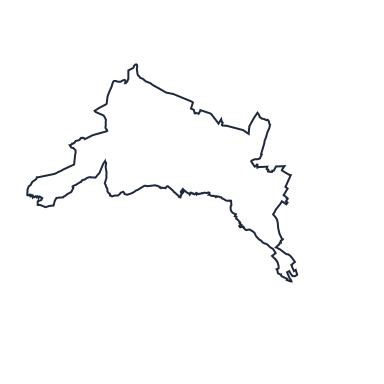 the district of Ciurea, Iasi, Romania, rotated 127°
{"feature_id": "2599482B52104755516417", "entity_name": "Ciurea", "entity_type": "district", "adm_level": 2, "iso_a3": "ROU", "parent_name": "Romania", "parent_adm1": "Iasi", "projection": "robinson", "projection_center": [27.591, 47.068], "detail": "fine", "context": "isolated", "style": "outline", "palette": "slate", "viewbox_px": 384, "rotation_deg": 127, "n_neighbors": 0, "source": "geoboundaries", "source_scale": "gbopen_adm2", "svg_char_len": 6067}
<svg xmlns="http://www.w3.org/2000/svg" viewBox="0 0 384 384"><g transform="rotate(127 192 192)"><path d="M185.8,318.6L186.1,317.1L184.1,308.7L184.5,307.4L186.1,304.2L188.3,302.9L190.2,301.3L192.4,300.1L192.9,299.6L193.8,296.9L194.2,296.5L195.1,296.9L206.4,305.5L214.3,309.4L214.0,311.0L214.5,312.0L215.2,312.2L215.2,312.7L215.5,313.2L216.9,313.3L217.6,313.1L218.9,313.6L221.2,315.6L223.5,315.5L224.2,316.1L225.3,316.2L225.6,316.9L227.8,316.9L228.2,317.2L228.1,317.7L228.2,317.8L228.9,316.2L229.1,315.2L229.0,314.5L228.3,313.3L228.8,310.1L230.3,308.8L232.5,307.8L241.0,302.7L251.8,308.5L254.2,309.4L256.4,310.8L257.1,311.0L260.3,312.7L273.0,323.9L273.5,324.7L275.5,324.2L280.1,325.6L283.7,325.1L285.6,325.8L288.9,324.9L293.6,321.7L293.4,320.9L292.4,320.1L291.8,320.1L291.4,319.4L292.5,318.8L292.7,318.5L291.0,317.9L290.5,317.3L290.8,316.2L291.4,316.2L291.8,316.6L292.2,316.0L291.5,316.0L291.2,314.9L289.4,314.2L289.7,313.1L289.0,313.2L288.4,312.8L288.5,311.7L289.0,311.1L287.8,311.4L287.3,311.1L287.2,310.1L287.4,309.7L287.1,309.2L287.0,307.9L289.3,307.6L292.2,309.6L295.2,307.5L294.8,306.7L294.1,306.1L293.4,304.4L292.3,299.9L288.9,297.4L287.5,295.9L287.1,295.7L286.2,294.4L281.8,296.2L278.3,296.7L277.5,295.7L276.3,294.8L275.9,294.0L273.9,291.8L273.2,291.9L272.7,291.7L272.3,291.2L268.7,290.3L264.6,288.4L260.0,289.3L259.9,290.3L259.7,290.6L259.2,290.7L257.1,289.7L256.6,289.2L251.8,287.4L250.9,286.7L250.4,286.9L248.9,286.8L248.8,286.5L247.9,286.3L246.7,285.2L244.2,284.4L242.4,283.3L241.2,282.0L241.1,281.3L239.9,279.9L238.6,277.7L234.5,277.6L232.8,277.3L223.2,279.8L219.7,280.0L220.2,279.5L220.2,278.5L220.5,278.0L223.6,276.3L224.9,275.1L227.8,272.0L230.9,270.0L231.8,269.0L237.7,266.8L238.3,265.2L239.5,263.8L239.9,262.5L240.8,261.2L242.4,259.8L243.1,258.0L242.8,256.7L243.2,256.0L244.2,255.4L243.6,254.2L243.7,253.2L241.3,251.6L239.5,249.1L237.5,248.5L235.5,248.5L233.2,247.0L233.5,245.6L234.2,244.7L233.2,242.1L230.4,240.1L227.5,238.5L224.5,237.6L222.5,236.4L217.9,234.7L215.7,233.7L215.1,233.1L214.2,231.1L209.1,225.8L208.5,224.9L208.4,224.0L207.9,223.4L207.3,220.9L207.3,220.5L207.8,220.4L207.6,219.1L206.8,218.9L205.6,216.7L204.8,215.9L204.8,215.5L202.8,215.5L202.1,215.0L201.9,214.6L202.1,213.0L202.1,210.7L202.4,209.7L202.2,209.3L202.4,207.8L202.9,206.6L202.7,205.8L203.2,201.3L203.0,200.6L203.8,199.5L203.3,198.0L201.5,198.6L201.3,199.0L197.2,198.8L197.0,199.3L197.0,200.2L199.0,200.4L198.7,200.9L198.5,201.1L195.1,201.1L195.3,200.2L195.5,195.0L195.0,193.6L195.5,192.3L193.4,192.8L193.0,192.2L193.2,191.2L192.6,190.7L192.8,190.0L192.5,189.9L192.6,189.2L192.1,188.3L191.7,188.1L191.0,188.3L190.0,187.9L190.0,187.4L190.7,186.8L190.1,186.7L190.1,185.9L189.4,185.7L189.0,184.8L188.4,184.5L187.9,183.9L187.0,183.6L186.8,182.8L185.5,182.1L184.8,181.2L183.8,179.3L182.8,178.9L182.3,178.5L182.2,177.5L182.9,177.2L183.1,176.8L183.9,176.8L183.6,176.5L183.5,174.4L183.0,173.5L181.9,172.4L182.0,171.7L181.5,171.2L181.7,169.9L180.5,169.8L180.4,168.7L179.5,167.9L179.3,166.4L178.8,165.9L178.6,165.3L179.0,164.2L178.5,161.9L178.4,159.8L177.6,158.3L176.2,156.9L176.1,156.6L176.3,156.4L175.5,155.5L179.0,152.5L179.8,152.7L181.9,151.3L183.1,150.1L183.9,148.5L184.1,146.1L183.3,143.6L185.6,143.2L185.0,141.6L186.8,140.6L186.6,139.3L187.3,135.4L188.2,135.5L188.5,132.5L190.0,133.3L190.3,133.9L190.7,133.8L191.1,133.0L191.2,132.5L190.9,131.9L190.4,131.7L189.4,130.4L188.9,130.2L188.9,129.4L189.7,129.0L189.6,127.8L190.0,127.1L189.9,126.4L189.6,125.4L188.4,124.6L187.2,123.2L187.1,121.1L186.8,120.0L187.0,118.4L186.9,117.7L188.4,115.0L189.0,113.0L189.5,109.8L189.2,107.4L189.8,105.4L189.5,103.5L188.7,101.2L188.6,100.2L189.1,96.5L188.7,93.0L190.5,88.4L194.9,89.6L195.4,86.4L195.3,85.3L195.7,84.0L195.8,84.1L196.3,82.2L197.0,80.9L199.1,78.2L200.7,77.0L201.0,76.9L202.7,77.9L202.8,77.2L205.2,74.4L204.6,71.5L204.3,71.3L205.3,70.1L204.6,65.9L204.1,64.1L204.3,63.3L205.2,63.3L203.9,59.0L203.6,58.7L202.9,59.6L202.1,62.2L198.9,67.8L196.6,66.7L198.0,63.7L198.7,61.2L198.3,60.9L197.5,59.3L195.1,58.2L194.6,58.4L191.8,62.3L193.8,62.9L191.5,67.3L190.9,67.5L190.4,68.8L185.9,67.7L184.5,72.1L183.8,75.4L183.9,77.6L184.7,79.0L184.9,80.3L184.9,87.6L185.3,88.8L185.2,90.0L185.7,91.6L181.5,91.0L181.3,90.7L179.4,91.3L178.9,90.5L177.4,91.8L175.9,91.1L175.0,91.0L175.0,92.5L172.7,97.0L169.3,101.1L164.6,105.4L162.8,107.7L161.8,110.3L161.1,113.8L157.7,114.0L155.6,114.5L148.1,114.3L145.3,114.6L145.1,109.3L143.0,109.3L143.0,111.4L140.0,111.5L140.1,112.2L139.5,112.2L139.3,115.9L139.5,116.8L139.3,116.9L131.7,117.7L131.7,120.4L119.1,123.3L119.8,124.9L120.7,133.2L119.3,133.6L115.7,133.7L121.1,140.3L125.7,139.5L126.0,139.6L126.6,140.7L127.9,140.2L129.9,143.5L129.7,143.8L128.6,144.0L128.2,144.6L128.9,146.0L128.5,146.4L126.4,147.1L132.2,154.0L133.1,154.4L132.4,155.0L132.5,155.2L130.8,156.2L131.2,156.8L132.6,156.5L134.0,157.2L132.0,163.1L131.2,163.3L129.2,162.3L127.8,161.3L126.5,159.5L124.5,158.0L120.1,158.9L120.2,159.6L109.8,163.5L107.2,164.9L105.3,165.3L104.8,165.6L102.2,166.3L101.8,166.7L98.3,167.9L94.8,168.6L91.2,170.2L91.2,170.9L90.3,172.1L89.3,173.1L88.8,175.1L89.7,175.6L90.2,177.2L90.2,178.1L91.5,180.7L91.2,181.7L91.5,182.9L90.3,184.4L89.3,187.4L95.6,187.1L105.3,185.7L105.9,185.0L107.1,184.5L111.5,181.7L111.8,188.4L118.3,204.3L120.6,207.6L120.5,208.5L118.3,209.2L118.4,209.4L117.3,211.3L116.3,212.5L121.4,211.9L118.2,223.3L118.3,224.8L121.6,234.6L122.8,234.1L125.4,233.8L125.3,234.2L126.3,235.6L126.5,236.5L126.8,237.0L127.4,236.9L127.5,237.2L127.2,237.3L126.6,238.4L125.3,240.0L126.0,243.0L120.0,245.1L119.9,246.3L125.0,265.9L128.1,272.3L130.2,288.0L130.1,290.6L131.5,295.7L131.2,299.4L132.0,302.1L131.3,304.1L131.4,305.2L130.5,306.6L126.6,310.4L124.7,311.3L123.6,312.5L123.5,313.1L124.3,313.9L125.2,314.1L126.5,314.1L127.4,313.7L128.6,313.7L133.2,316.0L139.7,311.1L142.2,310.3L144.9,310.4L145.4,311.0L143.7,311.6L143.1,312.3L143.0,313.2L144.1,314.2L147.1,315.5L148.7,317.9L149.0,319.1L149.7,320.5L150.5,321.2L151.0,321.3L153.9,320.6L155.8,319.7L160.8,318.6L166.4,317.0L172.8,313.3L173.7,313.4L180.8,316.8L185.8,318.6Z" fill="none" stroke="#1e293b" stroke-width="2"/></g></svg>